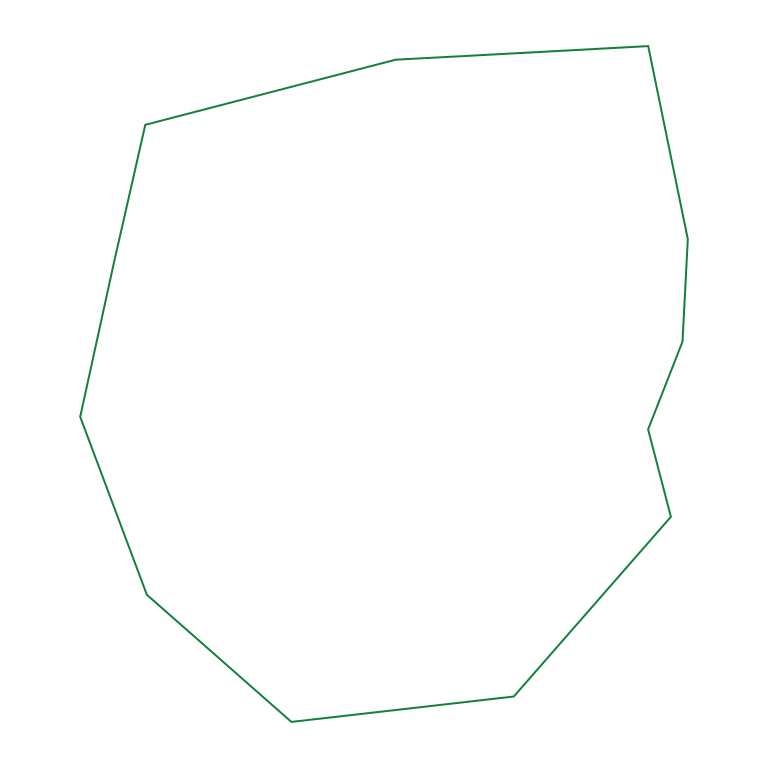 the border of Santa Catarina do Fogo
{"feature_id": "CPV-5044", "entity_name": "Santa Catarina do Fogo", "entity_type": "state/province", "adm_level": 1, "iso_a3": "CPV", "parent_name": "Cabo Verde", "parent_adm1": "", "projection": "robinson", "projection_center": [-24.332, 14.912], "detail": "fine", "context": "isolated", "style": "outline", "palette": "green", "viewbox_px": 768, "rotation_deg": 0, "n_neighbors": 0, "source": "natural_earth", "source_scale": "10m", "svg_char_len": 279}
<svg xmlns="http://www.w3.org/2000/svg" viewBox="0 0 768 768"><path d="M648.2,46.1L687.8,239.1L682.5,341.7L648.1,429.4L670.9,516.8L513.8,696.5L291.4,721.9L146.9,594.8L80.2,416.8L113.6,264.2L145.3,124.8L395.6,59.7L648.2,46.1Z" fill="none" stroke="#15803d" stroke-width="2"/></svg>